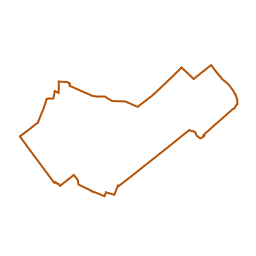 outline of Phuoc Long, Bạc Liêu, Vietnam, rotated 185°
{"feature_id": "81297802B5473399388769", "entity_name": "Phuoc Long", "entity_type": "district", "adm_level": 2, "iso_a3": "VNM", "parent_name": "Vietnam", "parent_adm1": "Bạc Liêu", "projection": "mercator", "projection_center": [105.424, 9.386], "detail": "fine", "context": "isolated", "style": "outline", "palette": "amber", "viewbox_px": 256, "rotation_deg": 185, "n_neighbors": 0, "source": "geoboundaries", "source_scale": "gbopen_adm2", "svg_char_len": 5645}
<svg xmlns="http://www.w3.org/2000/svg" viewBox="0 0 256 256"><g transform="rotate(185 128 128)"><path d="M192.8,168.5L194.8,168.4L196.0,168.3L197.2,168.3L199.5,168.3L200.7,168.3L201.0,168.3L201.0,167.8L200.9,167.2L200.8,166.6L200.8,166.1L200.6,163.5L200.5,163.0L200.3,158.4L200.2,157.0L203.2,158.0L203.7,158.2L204.1,158.4L204.3,157.4L204.4,155.8L204.4,155.4L204.5,155.1L204.6,154.2L204.7,153.1L204.7,152.9L204.8,151.4L204.9,151.2L205.2,150.8L205.3,150.8L205.9,150.6L206.1,150.6L206.7,150.6L207.2,150.6L208.2,150.5L208.4,150.6L208.8,150.6L209.1,150.7L209.5,150.5L210.1,150.1L210.4,150.0L210.5,150.0L210.9,150.0L211.1,150.1L211.3,150.1L211.5,150.1L211.7,149.9L212.0,148.0L212.7,144.8L212.8,144.2L212.9,143.9L213.3,142.3L213.4,141.2L213.4,140.9L213.5,140.8L213.9,139.8L215.8,133.7L216.2,132.4L216.4,131.7L216.5,131.4L216.7,130.8L217.1,129.5L218.1,126.0L218.2,125.9L218.1,125.6L221.3,122.7L222.4,121.7L223.2,120.9L225.0,119.2L229.5,115.2L230.5,114.2L234.6,110.6L234.9,110.2L234.1,109.2L233.7,108.7L233.2,108.2L232.8,107.7L232.4,107.2L231.4,106.1L228.1,102.5L227.3,101.4L226.9,100.9L226.5,100.5L225.6,99.5L224.3,98.0L222.9,96.5L222.1,95.5L221.1,94.5L220.7,93.9L220.2,93.4L219.9,92.9L219.5,92.4L218.3,91.3L216.4,89.2L214.6,87.1L213.4,85.8L213.1,85.4L212.5,84.7L212.1,84.2L211.1,83.1L210.2,82.1L209.3,81.1L204.4,75.7L204.0,75.1L203.5,74.5L202.0,72.9L201.4,72.3L199.4,70.0L198.9,69.4L198.4,68.8L197.3,67.6L196.7,67.0L196.4,67.3L196.1,67.6L195.8,67.8L195.6,67.9L195.2,67.7L194.9,67.3L194.8,67.0L194.6,66.8L194.3,66.5L194.1,66.4L193.2,66.5L192.7,66.4L192.1,66.1L191.9,65.9L191.8,65.7L191.7,65.5L191.5,65.2L191.4,65.0L190.9,64.6L190.7,64.4L190.5,64.5L189.6,65.3L189.3,65.8L188.6,66.3L187.0,67.9L186.3,68.6L184.4,70.4L182.9,71.8L181.3,73.2L178.6,75.8L177.9,76.5L177.3,75.9L176.4,74.9L175.8,74.3L175.1,73.5L174.5,72.9L174.0,72.3L173.4,71.5L173.2,71.1L173.1,70.7L172.8,68.4L172.7,67.9L172.5,67.7L172.4,67.5L172.1,67.3L171.5,67.0L170.8,66.7L169.0,66.0L167.5,65.4L166.6,65.1L165.6,64.8L164.8,64.5L161.5,63.2L159.4,62.3L158.7,62.0L158.5,61.8L157.9,61.6L157.5,61.3L157.2,61.6L155.6,61.1L152.1,60.1L151.3,59.8L150.2,59.5L148.7,59.0L147.4,58.6L145.6,58.0L144.7,60.5L144.5,61.4L144.4,61.8L144.4,62.0L141.3,61.4L140.2,61.2L135.8,60.3L134.6,64.5L134.3,65.6L133.5,68.0L133.0,69.8L132.3,69.2L130.4,71.1L129.7,71.6L128.2,73.1L126.5,74.7L121.6,79.2L120.6,80.1L117.6,82.9L113.5,86.8L111.3,88.9L109.5,90.6L108.5,91.6L105.5,94.4L104.2,95.6L102.5,97.2L101.0,98.7L98.0,101.5L97.0,102.5L96.1,103.3L95.0,104.4L94.0,105.3L89.7,109.4L88.8,110.1L85.5,113.4L83.6,115.2L82.5,116.2L81.4,117.3L77.8,120.7L74.2,124.2L71.7,126.6L71.3,127.0L69.9,128.3L69.1,129.1L67.7,130.4L67.2,130.8L66.7,131.3L66.4,131.0L66.2,130.8L65.9,130.7L65.0,130.6L64.6,130.7L64.1,130.7L63.3,130.7L62.6,130.4L62.3,130.2L61.6,130.0L61.3,129.9L61.1,129.8L60.6,129.6L60.4,129.6L60.3,129.4L60.2,129.1L60.1,128.7L59.9,128.1L59.7,127.6L59.5,127.2L59.2,126.8L58.8,126.3L58.3,125.9L57.9,125.7L57.1,125.3L56.8,125.0L56.4,124.7L55.6,124.2L55.3,124.1L55.1,124.1L54.6,124.2L53.6,124.7L53.3,125.0L52.0,126.2L51.7,126.6L51.3,126.9L52.2,127.4L52.1,127.6L50.9,129.1L47.3,132.7L43.1,137.3L34.3,146.5L25.4,155.8L24.9,156.2L24.3,156.4L23.5,157.2L23.0,158.1L22.8,158.7L22.4,159.8L22.0,160.4L21.2,161.3L21.1,161.6L21.1,161.8L21.1,162.3L21.4,162.8L21.5,163.2L21.5,164.2L21.5,164.9L21.7,165.8L22.0,166.4L22.1,166.7L22.4,167.1L22.9,168.9L22.9,169.0L23.3,169.3L23.5,169.5L23.6,169.8L23.4,170.2L23.4,170.3L23.5,170.4L23.7,170.6L23.9,170.7L24.2,171.1L24.5,171.6L26.2,173.9L26.5,174.2L26.7,174.6L26.8,174.8L27.2,175.3L27.4,175.5L27.6,175.6L27.8,175.9L28.2,176.3L30.7,179.3L31.9,180.4L33.2,181.3L34.4,182.2L36.4,183.5L36.9,183.9L38.3,184.8L38.9,185.3L40.4,187.0L40.5,187.1L40.4,187.3L40.4,187.5L40.5,187.6L40.8,187.7L41.5,187.8L41.6,188.0L43.3,189.9L43.7,190.4L44.2,190.7L46.4,193.2L48.0,194.9L49.5,196.7L50.7,198.0L51.4,197.2L52.2,196.5L53.3,195.5L54.1,194.7L55.5,193.4L56.0,192.8L56.8,192.1L57.7,191.3L65.3,184.0L65.8,183.6L66.8,182.5L67.1,182.7L67.8,183.3L68.7,184.1L69.3,184.6L71.9,186.6L73.2,187.6L74.2,188.4L75.8,189.7L76.3,190.1L77.3,190.9L77.9,191.3L79.4,192.5L79.9,193.0L80.8,192.0L81.5,191.2L81.7,190.8L81.9,190.4L82.8,189.4L83.2,188.9L84.4,187.7L86.1,185.7L86.9,184.7L87.8,183.7L88.6,182.7L89.4,181.8L91.1,179.9L91.9,179.0L92.7,178.1L94.2,176.3L95.4,174.9L96.6,173.6L97.9,172.2L98.5,171.5L99.7,170.1L100.3,169.4L101.6,168.0L102.8,166.6L104.1,165.3L104.6,164.7L105.3,164.0L105.7,163.6L106.1,163.0L107.0,162.1L108.0,161.1L109.0,160.2L111.3,158.2L113.0,156.6L113.8,155.8L114.4,155.3L116.2,153.6L116.8,153.1L117.5,152.5L117.8,152.2L118.3,151.7L119.0,151.1L119.3,150.7L120.1,150.0L120.6,150.1L120.8,150.1L121.2,150.2L122.6,150.7L123.3,150.9L124.9,151.5L125.6,151.7L126.9,152.2L130.1,153.2L130.7,153.5L131.2,153.6L132.1,153.9L132.6,154.1L133.2,154.1L133.9,154.2L134.8,154.2L135.4,154.1L135.9,154.0L137.3,154.0L137.6,154.0L138.1,153.9L139.7,153.8L140.1,153.8L140.6,153.8L141.9,153.7L142.3,153.7L142.7,153.6L143.6,153.6L144.4,153.5L145.6,153.5L146.0,153.5L146.4,153.7L146.8,153.9L147.8,154.3L149.1,154.8L149.7,155.1L150.9,155.8L151.9,156.3L152.5,156.7L153.8,157.2L153.9,157.3L154.1,157.3L154.4,157.3L155.0,157.3L156.6,157.0L157.9,157.0L159.1,157.0L159.5,156.9L160.3,156.7L160.9,156.5L161.4,156.5L161.9,156.5L163.0,156.7L164.2,156.8L165.3,156.9L166.1,156.9L166.4,156.9L169.8,158.2L170.4,158.3L171.6,158.8L171.8,158.8L173.0,159.2L173.6,159.4L174.1,159.6L175.8,160.1L176.4,160.4L177.1,160.5L180.3,161.7L182.9,162.6L183.9,162.9L184.2,163.0L184.7,163.2L185.2,163.4L185.8,163.6L189.8,164.9L189.7,166.1L189.6,166.5L189.6,166.8L189.7,167.0L190.3,167.2L190.2,167.4L191.9,168.1L192.8,168.5Z" fill="none" stroke="#b45309" stroke-width="2"/></g></svg>